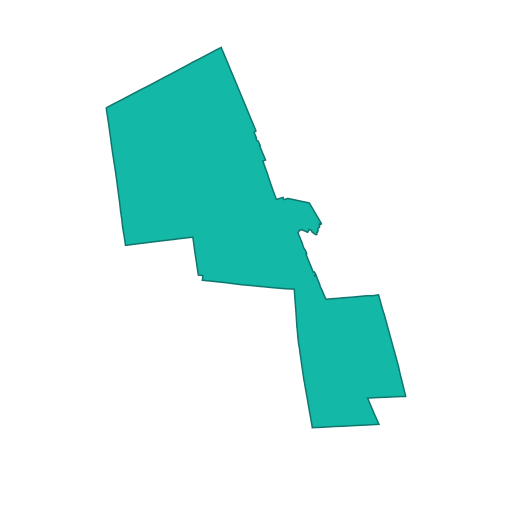 outline of Boldu, Buzau, Romania, rotated 323°
{"feature_id": "2599482B96550802380663", "entity_name": "Boldu", "entity_type": "district", "adm_level": 2, "iso_a3": "ROU", "parent_name": "Romania", "parent_adm1": "Buzau", "projection": "albers", "projection_center": [27.244, 45.287], "detail": "fine", "context": "isolated", "style": "filled", "palette": "teal", "viewbox_px": 512, "rotation_deg": 323, "n_neighbors": 0, "source": "geoboundaries", "source_scale": "gbopen_adm2", "svg_char_len": 4820}
<svg xmlns="http://www.w3.org/2000/svg" viewBox="0 0 512 512"><g transform="rotate(323 256 256)"><path d="M198.2,426.0L198.3,426.0L198.1,426.4L197.9,426.7L197.7,426.9L197.6,427.0L197.8,427.2L198.1,427.3L198.5,427.6L199.2,428.1L199.7,428.4L200.7,429.1L202.1,430.1L206.8,433.3L207.5,433.7L208.0,434.1L210.6,435.8L216.2,439.5L217.6,440.5L223.7,444.8L224.8,445.5L230.2,449.1L233.5,451.3L242.1,457.2L246.0,459.8L252.1,463.9L252.9,464.4L254.4,458.0L254.9,455.7L255.4,453.4L256.4,449.5L258.8,439.8L259.3,438.0L259.6,436.7L261.3,437.8L268.0,442.3L276.2,448.0L284.1,453.3L284.7,453.8L287.9,456.0L288.5,456.5L289.8,457.4L290.4,457.9L290.5,457.9L290.6,458.0L290.8,458.2L291.0,458.3L291.1,458.2L291.4,457.5L291.8,456.5L292.3,455.4L292.8,454.3L293.5,452.5L295.9,447.0L296.8,444.8L300.8,435.4L303.2,430.3L309.4,414.8L310.7,411.4L316.3,397.3L321.7,383.7L323.3,379.8L323.7,378.4L324.5,376.1L325.6,373.2L328.7,365.4L328.8,364.9L329.1,364.2L330.0,362.0L330.5,360.7L328.5,359.7L328.2,359.7L327.9,359.4L326.3,358.5L324.1,357.2L323.9,356.8L323.3,356.4L319.9,354.0L308.5,347.0L302.4,343.1L300.3,341.7L297.2,339.9L292.3,336.7L289.0,334.6L288.2,334.1L286.7,333.2L285.8,332.7L287.0,327.7L287.5,325.7L288.3,322.6L288.4,321.7L288.5,321.4L288.9,319.1L289.1,318.7L289.5,317.6L289.8,316.9L290.0,316.2L290.8,313.2L291.2,311.7L291.8,309.7L292.3,307.7L290.8,307.4L291.0,306.6L292.6,307.0L292.9,304.6L293.0,303.7L292.0,303.4L292.1,302.8L292.7,300.9L293.7,297.2L294.6,293.6L295.7,289.5L297.0,284.9L297.2,284.4L297.9,284.6L298.4,283.0L298.7,281.7L298.8,281.1L298.9,280.6L299.0,278.5L299.1,278.0L299.2,277.6L299.5,276.7L299.7,275.9L299.9,275.3L300.4,274.5L300.7,273.3L303.4,262.8L305.0,262.3L305.6,261.7L306.9,262.1L307.4,261.9L308.2,262.3L309.3,264.3L310.1,265.6L311.0,266.8L310.9,267.4L311.5,268.1L313.7,267.3L314.4,266.7L314.8,267.4L315.2,268.1L315.4,268.4L315.4,268.9L315.5,269.3L315.2,270.8L315.6,272.0L316.2,273.6L316.5,274.8L317.0,275.2L317.6,275.4L318.4,274.0L318.7,273.8L319.5,274.0L320.9,273.0L320.8,272.9L320.6,272.9L322.2,271.2L323.7,271.3L324.3,271.0L325.2,269.5L325.5,268.5L326.3,268.6L326.5,269.7L327.1,269.8L327.6,269.0L327.8,269.1L327.9,268.2L330.5,245.7L316.0,229.1L314.8,228.7L313.3,228.4L313.2,228.4L312.7,228.0L312.6,227.6L312.5,227.4L312.5,226.6L312.9,225.5L306.3,223.1L308.8,214.8L309.6,212.2L313.2,201.1L314.6,197.3L315.8,193.4L316.7,190.4L318.6,184.4L319.0,184.5L321.4,185.1L322.9,179.1L323.4,177.1L324.7,172.4L325.2,170.4L325.8,170.5L326.0,169.5L326.7,166.5L326.8,166.0L326.8,165.8L326.9,165.4L326.5,165.1L326.2,164.8L326.5,163.1L326.8,161.8L326.9,161.7L327.4,161.9L328.9,156.0L331.1,156.2L331.4,155.5L332.3,152.0L333.2,148.5L334.1,144.9L335.0,141.3L336.0,137.7L337.8,130.7L341.7,115.5L346.0,98.8L348.0,90.7L348.4,89.4L350.4,81.6L352.7,72.5L353.4,69.7L353.8,68.5L353.3,68.4L351.1,68.0L348.9,67.6L346.6,67.2L342.7,66.6L338.8,66.0L333.3,65.1L331.4,64.8L325.3,63.7L322.0,63.1L318.8,62.7L295.1,59.0L295.0,58.9L291.3,58.3L284.8,57.3L274.3,55.7L265.6,54.1L260.9,53.3L237.6,49.5L232.6,48.6L231.2,48.4L228.4,48.0L227.4,47.8L225.7,47.6L224.8,48.8L221.9,54.2L219.1,59.4L217.6,62.2L212.6,71.1L211.3,73.5L210.7,74.6L209.2,77.3L208.5,78.3L208.2,78.8L207.6,80.0L207.0,81.1L206.0,82.9L205.4,84.0L204.9,84.9L204.5,85.6L204.3,85.9L203.4,87.6L202.3,89.6L201.6,90.9L200.9,92.3L200.3,93.3L199.1,95.4L198.4,96.9L195.1,103.1L194.7,103.8L193.2,106.5L191.9,108.7L191.8,109.1L190.0,112.3L186.6,118.2L178.6,132.4L177.2,134.7L176.0,136.8L175.8,137.2L175.0,138.3L174.5,139.3L173.1,141.9L172.8,142.4L172.5,142.9L171.9,144.0L171.7,144.4L171.7,144.5L171.3,145.2L171.0,145.7L170.3,146.9L170.2,147.1L169.0,149.0L168.5,149.9L166.9,152.6L166.3,153.7L165.8,154.7L164.0,158.1L162.7,160.8L162.1,161.8L160.0,165.7L159.3,167.0L158.2,168.9L158.3,169.0L159.7,169.8L161.8,171.0L163.8,172.2L165.3,173.0L171.9,176.8L187.5,185.8L201.0,193.7L204.4,195.6L214.3,201.4L216.9,202.9L212.4,211.0L211.2,213.1L209.3,216.5L203.8,226.7L198.9,235.7L198.5,236.4L198.6,236.7L201.0,238.9L201.4,239.2L201.5,239.3L201.6,239.5L201.6,240.0L201.3,240.2L200.3,241.3L198.5,243.1L198.7,243.3L199.8,244.2L201.7,246.0L204.1,248.2L214.4,257.8L215.6,258.9L216.6,259.9L217.8,261.1L225.6,268.7L226.8,269.9L228.3,271.3L229.6,272.4L233.4,275.8L235.1,277.4L237.0,279.1L239.1,281.1L242.2,284.0L242.3,283.9L245.9,287.3L250.1,291.2L253.8,294.5L256.2,296.6L257.9,298.2L262.1,301.8L264.9,304.1L266.6,305.5L261.3,313.7L258.7,317.7L256.1,321.8L254.2,324.8L251.3,329.2L246.4,336.6L244.7,339.5L242.0,343.8L240.6,345.9L237.2,351.8L235.9,354.3L235.3,355.6L232.3,360.8L229.7,365.6L225.7,372.8L224.8,374.5L223.3,377.2L222.6,378.5L221.2,381.1L220.0,383.1L218.8,385.7L217.9,387.5L216.7,389.7L216.6,389.9L216.2,390.8L214.2,394.6L212.3,398.5L211.6,399.8L209.9,403.1L209.0,404.8L207.1,408.6L204.1,414.4L202.6,417.4L200.9,420.8L200.1,422.3L198.6,425.3L198.2,426.0Z" fill="#14b8a6" stroke="#0f766e" stroke-width="1.5"/></g></svg>